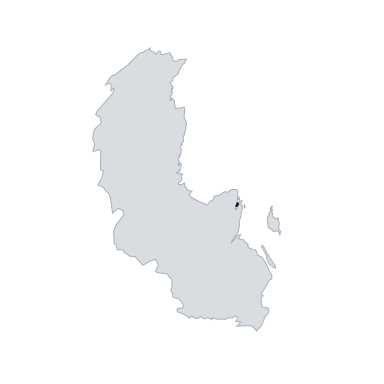 Vaxholm, Stockholm, Sweden (highlighted), rotated 303°
{"feature_id": "70781695B74265456300359", "entity_name": "Vaxholm", "entity_type": "district", "adm_level": 2, "iso_a3": "SWE", "parent_name": "Sweden", "parent_adm1": "Stockholm", "projection": "equal_earth", "projection_center": [18.262, 59.415], "detail": "fine", "context": "in_parent", "style": "filled", "palette": "ink", "viewbox_px": 384, "rotation_deg": 303, "n_neighbors": 0, "source": "geoboundaries", "source_scale": "gbopen_adm2", "svg_char_len": 4302}
<svg xmlns="http://www.w3.org/2000/svg" viewBox="0 0 384 384"><g transform="rotate(303 192 192)"><path d="M87.8,244.5L89.1,247.2L92.1,246.8L93.4,244.9L95.2,239.3L93.5,233.2L96.2,231.0L98.1,227.6L102.2,226.6L107.7,222.7L108.4,218.7L109.8,215.8L105.6,207.0L105.4,204.8L112.4,203.7L115.6,198.0L111.0,194.3L103.8,190.8L106.8,179.8L104.0,174.0L104.6,171.5L104.3,167.7L106.2,166.2L102.9,160.7L106.6,157.0L106.1,155.0L116.6,147.5L123.4,146.1L135.7,147.3L138.7,144.3L138.9,142.7L137.9,139.0L131.0,136.9L138.8,130.3L145.0,123.9L146.3,117.8L147.8,115.2L146.5,109.3L154.5,108.7L161.6,106.3L160.7,103.1L176.5,93.4L177.0,91.7L175.9,90.1L172.3,87.2L173.4,85.9L177.5,85.1L179.6,83.8L182.7,79.4L191.3,76.0L200.5,78.2L204.6,74.4L204.4,69.1L207.7,68.5L232.5,71.8L236.7,69.9L232.5,68.8L236.7,66.7L237.9,65.4L238.3,63.9L238.1,63.1L234.6,61.2L242.5,60.9L246.7,61.8L247.1,63.0L264.1,69.2L277.5,71.7L281.4,73.4L282.8,75.4L285.0,75.5L287.5,77.4L290.1,78.4L288.1,79.7L288.2,82.7L288.9,84.0L287.7,86.6L292.1,87.2L292.8,88.8L290.6,90.4L290.9,92.2L296.7,97.6L295.3,99.4L295.0,101.6L292.5,103.3L292.1,105.0L292.7,107.2L293.5,108.3L296.1,109.0L300.4,115.0L296.1,115.4L292.9,114.6L285.4,115.3L283.5,116.2L277.7,113.9L274.5,115.2L272.2,114.0L270.5,116.0L270.0,118.7L267.3,118.4L268.3,119.5L264.7,119.8L264.4,120.3L265.2,120.9L264.1,121.7L259.1,122.0L258.4,122.9L259.9,124.0L259.9,124.6L256.6,123.6L258.9,125.6L259.4,127.1L252.5,132.8L254.8,134.3L256.8,137.6L258.9,139.0L258.0,140.6L250.9,144.3L246.8,150.0L237.8,153.8L233.0,154.8L229.9,157.5L226.3,156.6L226.2,158.2L223.9,157.2L221.9,159.7L218.6,161.7L215.0,161.4L214.6,161.7L215.7,162.3L211.6,162.8L210.3,165.0L207.3,165.6L206.8,166.3L209.9,166.4L209.2,168.2L205.7,169.1L204.4,170.2L202.8,170.2L203.1,169.3L200.8,169.4L200.0,168.4L199.6,168.6L201.2,171.5L200.0,172.7L202.2,173.8L195.7,176.7L191.8,175.6L191.2,176.4L192.1,178.9L195.5,180.8L193.4,182.1L191.1,187.9L192.6,191.5L188.1,190.7L188.4,192.0L187.0,193.6L187.5,195.9L187.1,197.4L188.1,198.8L187.5,199.4L188.1,205.9L189.3,208.6L188.8,210.8L190.7,212.0L194.6,212.3L195.7,214.1L200.7,213.0L204.2,216.7L210.9,219.8L210.6,221.8L214.8,223.3L217.3,226.1L218.3,228.4L218.0,229.8L211.3,233.7L206.2,236.3L200.8,237.9L201.1,238.5L203.7,238.8L210.1,236.9L212.0,238.6L208.5,239.3L207.8,241.6L206.3,243.0L192.1,248.2L190.2,249.8L183.8,252.4L172.4,252.2L170.6,252.8L180.5,253.9L182.8,255.8L178.1,257.0L180.1,261.6L178.9,262.7L178.7,267.8L177.0,267.9L176.2,270.0L177.0,275.2L177.8,276.6L177.5,278.1L174.7,281.6L175.6,285.8L172.3,293.5L168.8,298.0L165.9,304.0L162.9,306.1L159.4,304.8L154.1,305.5L144.5,305.3L143.3,305.9L143.9,308.1L140.5,307.8L134.2,312.5L134.0,314.7L136.3,319.1L133.2,322.0L126.7,321.3L118.0,323.1L110.3,321.7L111.4,320.1L112.2,314.3L103.8,302.5L107.9,303.7L109.6,303.1L107.2,299.3L110.7,299.0L111.9,297.7L111.4,295.5L108.5,294.5L106.1,291.0L103.5,289.3L99.1,282.4L97.6,277.7L96.0,278.2L94.8,272.8L92.4,272.0L92.1,266.6L89.4,266.1L87.8,263.6L87.8,259.0L84.6,258.4L85.2,256.1L84.5,248.0L83.6,245.5L84.6,243.7L86.3,243.5L87.8,244.5ZM220.1,269.5L218.6,270.0L217.8,271.5L215.5,272.3L215.1,277.0L217.2,278.8L215.0,279.6L213.6,282.1L209.7,283.8L208.1,285.4L207.3,287.7L203.9,289.0L206.3,285.5L203.2,281.5L204.0,280.0L203.7,275.4L210.7,269.6L213.9,268.9L215.4,269.6L216.0,268.2L217.0,267.9L220.1,269.5ZM175.3,302.5L173.6,303.5L173.1,302.1L173.4,296.5L177.3,289.9L179.0,289.4L183.8,280.5L184.3,279.9L185.9,280.4L184.7,281.3L184.8,282.8L181.8,287.6L180.9,290.7L179.9,291.4L175.3,302.5ZM221.4,267.7L221.1,269.0L219.4,267.9L221.1,266.5L224.5,266.9L221.4,267.7ZM213.4,234.3L211.2,236.3L210.8,235.5L211.2,234.5L213.4,234.3ZM208.6,244.7L207.4,244.8L208.2,243.5L209.7,243.1L208.6,244.7Z" fill="#d9dde1" stroke="#a8b0b8" stroke-width="1"/><path d="M204.9,236.6L204.7,236.6L204.4,236.6L204.3,236.9L204.2,237.0L204.3,237.2L204.5,237.2L204.7,237.3L204.9,237.3L205.1,237.4L205.3,237.4L205.6,237.3L205.8,237.3L206.1,237.3L206.4,237.3L206.5,237.3L206.6,237.2L206.4,237.1L206.2,237.1L206.2,236.9L206.3,236.9L206.2,236.7L205.9,236.5L205.7,236.5L205.4,236.5L205.2,236.6L204.9,236.6L204.9,236.6ZM207.1,236.2L206.9,236.2L206.9,236.3L206.8,236.5L206.7,236.6L206.8,236.7L206.9,236.8L206.9,236.7L207.0,236.7L207.3,236.5L207.5,236.5L207.6,236.4L207.4,236.3L207.2,236.3L207.2,236.2L207.1,236.2Z" fill="#0f172a" stroke="#020617" stroke-width="1.5"/></g></svg>